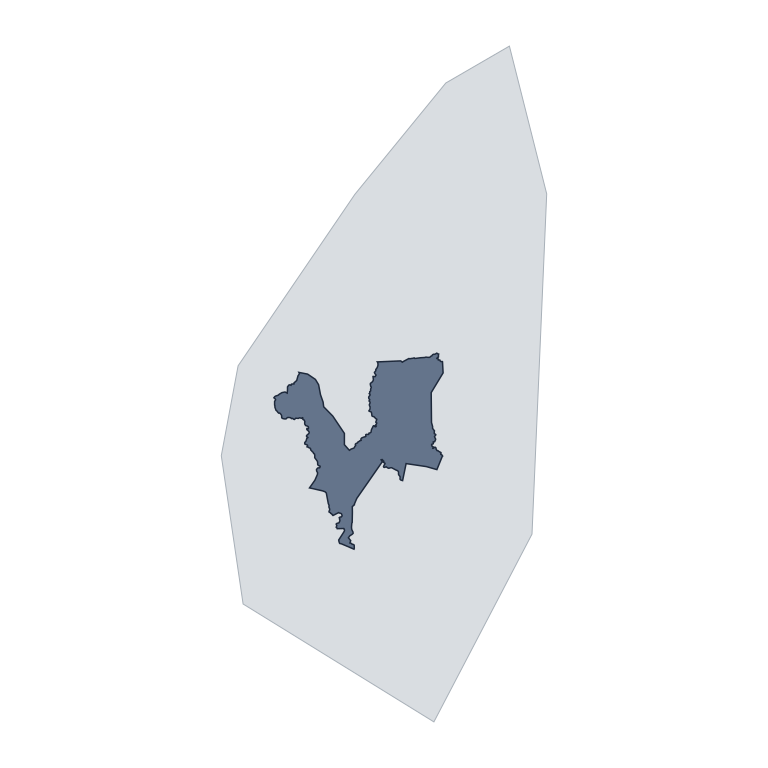 location of Central Forest Reserve, Soufrière, Saint Lucia
{"feature_id": "8701671B48782263961868", "entity_name": "Central Forest Reserve", "entity_type": "district", "adm_level": 2, "iso_a3": "LCA", "parent_name": "Saint Lucia", "parent_adm1": "Soufrière", "projection": "orthographic", "projection_center": [-60.974, 13.868], "detail": "fine", "context": "in_parent", "style": "filled", "palette": "slate", "viewbox_px": 768, "rotation_deg": 0, "n_neighbors": 0, "source": "geoboundaries", "source_scale": "gbopen_adm2", "svg_char_len": 6240}
<svg xmlns="http://www.w3.org/2000/svg" viewBox="0 0 768 768"><path d="M532.0,534.1L433.9,721.9L243.1,604.0L221.3,455.7L238.1,365.8L354.9,194.3L445.8,83.0L509.4,46.1L546.7,193.9L532.0,534.1Z" fill="#d9dde1" stroke="#a8b0b8" stroke-width="1"/><path d="M370.3,384.3L370.7,386.3L371.3,387.1L371.3,387.3L370.7,388.9L370.6,389.4L370.7,390.5L370.6,391.0L369.8,391.6L369.7,393.1L369.2,393.6L369.4,393.9L370.0,394.4L370.1,394.9L369.7,395.7L369.1,396.3L368.7,397.1L368.7,397.8L368.9,398.7L369.7,399.5L369.7,399.9L369.6,400.2L369.1,400.7L369.1,401.1L370.1,402.2L370.0,403.1L369.3,404.8L369.6,406.0L370.1,406.8L370.0,408.8L369.7,409.8L369.1,410.4L368.9,410.9L369.3,411.3L370.9,411.8L371.3,412.2L371.6,413.2L371.9,415.6L372.2,416.2L374.2,416.9L375.8,418.7L376.6,419.0L376.8,419.5L375.8,422.1L376.0,422.5L376.7,422.9L376.7,423.3L376.2,424.4L375.7,424.9L375.4,425.4L375.7,425.8L376.3,426.1L376.2,426.3L376.0,426.6L375.4,426.8L374.7,426.5L373.9,425.7L373.5,425.8L373.1,426.2L372.7,427.2L371.7,429.1L371.3,430.2L371.1,431.9L370.8,432.4L370.2,432.8L368.9,433.2L368.8,434.1L368.5,434.4L368.1,434.5L366.8,434.3L366.0,434.5L365.7,434.9L365.9,436.2L365.8,436.4L365.5,436.6L363.4,437.2L361.6,438.0L361.0,438.8L360.9,439.6L361.1,440.4L359.8,440.8L359.1,441.4L358.0,441.9L357.5,442.9L356.2,443.4L355.4,444.1L355.3,444.4L355.6,445.2L355.6,445.6L355.0,446.2L354.1,447.9L353.6,448.2L352.1,448.7L350.5,449.4L349.6,450.3L348.9,449.8L344.4,444.7L344.4,433.4L332.8,416.1L323.7,406.8L323.1,402.1L320.5,394.7L318.6,384.7L315.4,379.4L307.6,374.1L298.9,372.4L299.4,373.4L299.0,374.4L298.0,375.8L296.7,380.5L294.0,382.9L294.0,383.9L291.5,384.1L291.0,385.3L289.9,384.8L288.8,385.1L287.5,386.9L287.5,389.9L287.2,393.1L285.0,392.0L282.0,392.6L279.3,394.2L278.2,395.2L275.5,396.1L274.7,396.7L273.9,397.8L275.1,398.7L275.6,399.8L274.6,401.4L274.6,405.1L274.9,405.7L274.9,407.2L276.0,410.3L276.9,411.0L277.7,412.1L278.6,413.1L279.7,413.1L280.4,413.7L281.2,414.7L281.6,415.6L281.7,417.7L281.8,417.9L282.9,418.6L284.4,418.9L285.9,418.9L286.2,418.8L287.0,417.9L287.7,417.5L289.1,417.5L290.6,417.7L291.4,418.6L292.7,418.4L293.6,419.2L294.3,419.5L294.6,419.4L295.5,418.4L295.8,418.2L298.1,418.4L298.5,418.4L299.3,417.8L300.2,417.9L301.3,418.3L301.6,418.3L302.3,417.7L302.5,417.7L302.8,417.9L302.8,418.3L302.9,419.4L304.3,420.2L304.4,420.5L304.9,421.8L304.7,422.3L304.7,423.9L304.9,424.4L305.4,424.9L305.5,425.5L307.4,426.1L308.3,426.7L308.5,427.6L308.4,428.5L308.1,428.9L307.8,428.9L307.2,428.5L306.9,428.5L306.8,428.8L306.8,429.4L307.0,429.8L307.7,430.3L309.0,431.7L309.2,432.2L309.2,432.5L309.1,432.9L308.7,433.6L306.6,435.5L306.5,436.2L306.6,436.5L307.9,437.5L307.6,437.9L306.8,438.3L306.2,440.5L305.8,441.4L304.9,442.3L304.7,442.8L304.8,444.0L307.3,445.0L307.5,445.2L307.5,445.9L307.0,446.8L308.4,447.3L309.0,447.8L310.0,448.1L310.6,448.8L310.7,449.9L311.8,451.0L312.1,451.5L312.8,452.0L313.4,452.7L313.5,453.3L314.1,453.8L314.5,454.0L314.8,455.7L314.7,457.4L314.8,457.8L316.9,460.6L317.5,461.6L317.6,462.2L317.7,464.6L318.2,465.3L319.2,465.9L319.8,465.9L320.2,466.7L319.6,467.8L318.0,467.9L317.5,468.2L316.5,469.5L316.6,470.9L317.6,472.8L317.4,474.5L314.9,480.2L309.5,487.9L322.7,490.9L325.1,491.8L326.3,493.0L328.3,503.6L328.8,504.8L329.1,505.4L328.9,507.0L329.6,508.8L329.7,509.9L329.0,511.3L329.1,512.1L329.4,512.3L330.3,512.6L330.7,513.4L331.3,513.6L331.8,514.2L332.4,514.5L332.5,515.1L333.0,515.5L338.6,512.6L338.9,512.9L340.9,513.4L341.5,513.8L341.8,514.8L342.1,515.4L342.1,515.8L341.4,516.9L340.1,517.0L339.2,517.8L339.7,518.5L339.5,519.1L339.8,519.8L339.9,520.8L339.5,521.6L339.2,522.5L338.8,522.9L337.1,523.3L336.3,523.8L336.2,524.3L336.8,525.4L336.2,527.3L337.0,528.0L337.2,528.7L343.8,528.5L344.1,528.9L344.1,529.4L344.5,529.9L344.5,530.5L344.4,531.0L344.0,531.6L343.9,531.9L338.7,540.0L339.0,541.7L339.6,543.3L340.0,543.6L341.1,543.7L354.0,549.2L354.3,548.3L354.2,545.2L353.9,544.8L353.2,544.4L352.1,544.3L351.6,543.5L349.9,543.0L350.7,540.6L348.4,537.8L349.8,535.8L351.9,534.5L353.1,533.4L353.0,532.1L351.7,529.4L351.5,527.1L351.8,523.2L352.2,522.5L352.4,512.2L352.3,506.6L354.4,504.8L354.2,504.5L356.8,498.4L382.1,462.0L382.1,461.4L381.1,459.8L381.6,459.6L382.2,459.5L382.5,459.7L382.6,460.0L382.6,460.3L382.6,460.8L383.5,460.9L383.8,461.3L383.5,462.4L384.7,463.1L385.0,463.3L384.9,464.0L384.3,464.8L383.5,466.5L383.6,466.9L383.8,467.2L384.1,467.4L384.6,467.4L386.2,466.8L387.7,467.9L388.8,468.3L390.3,467.8L391.6,467.7L396.1,470.1L397.4,470.6L398.0,471.1L398.5,471.8L398.5,473.5L398.6,474.7L400.0,476.5L400.1,477.6L400.0,478.9L400.1,479.4L400.9,480.1L402.6,480.6L406.1,463.6L426.4,466.6L436.9,469.6L442.4,456.1L442.6,456.0L441.8,454.8L440.9,454.4L440.7,454.2L440.7,453.8L441.1,453.0L441.0,452.7L440.6,452.3L439.7,452.0L439.5,451.7L438.8,451.4L438.0,450.7L437.3,450.7L436.9,450.5L436.6,449.8L436.2,449.4L436.0,448.0L435.4,447.3L434.8,447.2L433.3,448.3L432.9,448.3L433.4,447.0L433.1,446.8L432.4,446.6L432.1,446.4L432.0,445.7L431.6,445.1L431.6,444.7L431.9,444.2L432.8,444.0L433.3,443.7L433.4,443.1L433.2,442.2L433.3,441.8L434.6,441.8L434.8,441.6L435.0,440.8L435.6,439.7L435.6,439.1L435.4,438.4L434.8,437.6L434.7,437.0L434.5,436.7L434.9,436.0L435.7,435.1L435.8,434.7L435.5,434.3L434.6,433.8L434.3,433.6L434.3,432.6L434.2,432.0L434.5,430.9L432.6,428.4L432.6,426.5L431.5,422.5L431.2,392.6L443.1,372.9L442.5,361.7L442.2,361.5L441.1,361.6L440.5,361.3L440.2,361.0L440.0,360.3L439.8,360.0L438.5,360.0L438.4,360.0L438.4,359.3L438.3,359.0L436.9,358.5L437.3,357.7L437.7,357.4L438.2,357.3L438.5,356.9L438.4,356.4L438.5,355.9L438.4,355.0L438.7,354.1L438.0,353.9L437.1,353.3L436.5,353.2L435.8,353.8L435.2,354.1L434.4,354.3L433.8,354.2L432.8,354.6L432.3,355.1L431.9,355.8L431.1,356.1L430.1,357.0L429.3,357.4L427.2,357.3L426.0,357.1L424.6,357.5L420.8,357.7L415.7,358.4L414.5,358.4L414.2,357.9L412.3,358.4L411.6,358.4L411.0,358.6L409.4,358.7L408.9,358.5L403.1,361.6L402.6,362.1L402.4,362.2L401.8,361.8L400.9,361.0L400.5,360.9L377.3,361.9L377.7,362.5L377.9,363.3L378.0,364.8L377.8,365.9L377.2,367.6L375.8,369.5L375.8,370.7L375.0,371.8L374.5,372.2L374.4,372.6L374.7,373.2L375.1,373.9L375.9,374.8L376.0,375.2L375.7,375.6L375.2,376.5L374.9,376.7L373.6,376.4L373.0,376.5L373.4,379.8L373.1,380.6L372.5,381.7L370.4,383.4L370.3,384.3Z" fill="#64748b" stroke="#1e293b" stroke-width="1.5"/></svg>